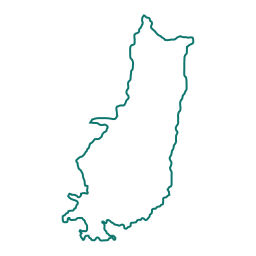 Zefat, HaZafon, Israel
{"feature_id": "584046B13386645158990", "entity_name": "Zefat", "entity_type": "district", "adm_level": 2, "iso_a3": "ISR", "parent_name": "Israel", "parent_adm1": "HaZafon", "projection": "natural_earth1", "projection_center": [35.521, 33.074], "detail": "fine", "context": "isolated", "style": "outline", "palette": "teal", "viewbox_px": 256, "rotation_deg": 0, "n_neighbors": 0, "source": "geoboundaries", "source_scale": "gbopen_adm2", "svg_char_len": 5808}
<svg xmlns="http://www.w3.org/2000/svg" viewBox="0 0 256 256"><path d="M169.3,195.0L168.9,191.7L167.6,189.5L168.2,188.7L169.1,187.3L169.9,186.8L171.0,186.3L171.5,185.2L171.6,182.8L171.6,172.1L171.1,170.8L170.4,169.8L170.0,167.8L170.8,165.9L171.3,164.6L171.4,163.2L171.4,162.1L170.8,161.1L170.1,160.0L169.6,158.1L170.4,156.2L171.1,155.2L171.7,152.9L171.9,151.0L173.1,149.3L173.7,147.2L173.8,145.5L175.3,143.5L176.1,141.7L176.0,138.8L176.0,137.3L176.2,135.3L177.0,133.8L177.5,132.5L177.1,131.3L176.2,130.3L175.8,128.9L175.8,127.5L176.7,125.7L177.7,124.5L178.2,122.8L178.1,120.8L178.2,117.8L178.0,115.9L178.2,114.3L178.8,112.0L179.9,111.0L180.4,109.9L180.5,107.7L180.3,106.2L180.1,103.1L180.5,101.2L181.1,99.9L181.8,99.4L182.4,98.1L182.7,95.9L183.4,94.8L184.5,93.8L184.8,92.6L185.3,91.5L186.4,89.8L186.6,88.5L186.6,85.7L186.5,81.0L186.3,78.9L186.1,77.4L185.0,76.5L184.3,75.2L184.2,72.1L184.3,69.3L184.3,63.2L184.5,57.2L185.0,55.5L186.7,53.4L186.9,52.0L186.9,48.4L187.0,46.8L187.8,46.4L189.6,44.9L190.9,44.3L192.4,43.6L193.2,42.7L193.3,41.7L193.2,39.6L193.0,38.3L192.5,37.6L190.8,37.3L188.6,37.7L187.4,37.5L186.2,37.2L183.5,37.2L181.1,36.6L180.3,36.2L178.3,37.0L177.0,37.6L176.2,38.4L175.0,39.3L173.6,39.6L171.1,39.6L169.7,39.9L167.1,40.2L165.0,39.9L164.5,39.1L163.0,38.0L162.5,37.7L161.7,37.3L160.9,36.3L158.9,35.4L157.6,34.5L156.6,33.4L154.7,31.0L153.7,30.3L152.6,29.1L151.5,28.4L151.0,26.7L151.3,25.4L151.8,24.6L152.0,23.0L151.5,21.7L150.4,21.1L149.9,19.9L149.7,18.8L149.0,18.0L147.5,17.6L146.3,17.4L145.4,16.6L145.0,15.9L143.9,15.4L143.2,16.3L142.5,17.3L142.2,18.5L142.1,19.7L142.1,21.0L142.7,22.3L142.5,24.2L141.9,25.1L141.5,26.2L140.7,27.8L139.7,28.6L139.1,29.8L139.1,31.6L138.1,32.7L136.3,33.4L135.2,33.8L134.4,35.1L134.4,38.0L134.7,38.7L134.6,40.9L134.7,42.7L134.3,44.1L133.1,44.8L131.8,45.1L130.9,45.9L130.3,47.1L130.1,49.8L130.2,52.5L130.2,55.7L130.4,57.7L130.8,58.5L132.0,59.7L132.7,61.2L133.0,62.5L133.1,64.0L132.9,66.5L132.7,68.8L132.4,69.7L131.6,70.3L131.1,71.4L131.1,73.4L130.7,75.6L130.7,77.0L130.6,78.2L130.4,79.7L129.6,80.7L128.5,81.7L128.0,83.5L128.1,85.0L128.3,86.8L128.3,88.1L127.6,89.4L126.8,90.2L126.5,91.5L126.5,93.2L127.2,94.5L128.3,95.6L128.7,97.8L127.8,99.2L126.6,100.1L126.0,101.4L125.7,102.6L125.0,103.9L124.3,105.1L123.8,105.4L120.1,105.5L118.7,106.0L116.9,106.8L116.4,107.8L116.4,109.7L116.8,111.7L117.0,114.7L117.3,115.9L116.0,118.0L114.9,119.0L113.3,119.1L110.9,118.7L109.3,118.4L105.3,118.1L97.9,118.1L95.1,118.6L94.3,118.9L92.8,119.3L92.1,119.6L91.4,120.9L90.6,121.9L90.2,122.6L93.7,122.9L97.4,123.1L98.2,123.6L99.3,124.5L100.1,124.8L101.6,125.1L102.9,124.9L104.9,124.6L105.8,125.0L107.4,126.2L107.7,127.6L106.9,128.6L106.5,130.7L105.5,131.7L104.4,132.1L103.7,132.7L102.4,134.2L102.0,135.6L101.6,136.7L100.0,138.1L99.0,138.9L96.6,139.1L94.9,139.1L94.0,140.1L93.0,141.5L92.3,142.3L90.7,143.3L89.9,144.0L89.4,145.6L89.1,147.2L88.6,148.2L87.7,148.8L87.2,149.6L86.9,150.7L86.2,151.6L85.5,152.2L85.1,153.0L84.2,154.5L83.2,155.5L82.4,156.4L81.0,156.7L79.6,157.4L78.7,158.1L77.9,158.8L77.1,159.4L76.3,160.4L76.5,161.8L77.6,163.0L77.6,164.5L78.1,166.4L78.7,168.6L80.6,170.2L81.4,171.5L82.7,174.0L82.9,175.8L83.3,178.0L84.0,179.3L84.6,181.2L84.7,183.2L85.1,185.5L85.9,185.8L87.4,185.9L87.5,186.7L87.4,188.6L87.0,190.2L87.4,191.8L87.8,192.9L87.3,193.6L86.8,193.6L84.3,193.0L82.5,193.3L81.0,193.7L81.0,195.3L80.2,196.5L79.0,197.2L78.1,197.2L77.5,196.7L77.0,196.0L75.2,195.0L74.0,194.8L72.5,194.8L71.4,194.7L70.9,194.1L69.7,193.7L68.8,194.6L68.2,196.2L69.1,197.4L71.2,199.0L76.0,200.7L77.2,201.4L77.9,203.0L77.6,204.1L76.7,205.0L76.2,206.0L76.0,207.0L75.6,208.2L74.4,208.6L73.9,209.7L73.1,210.5L71.7,210.7L69.5,210.8L68.4,211.2L67.9,212.7L66.2,213.5L65.4,214.4L64.7,215.3L63.9,215.5L62.8,216.2L62.7,217.7L62.7,219.5L63.2,221.5L64.0,222.1L64.5,222.2L66.8,222.2L67.2,221.9L67.5,221.1L67.7,219.7L68.0,218.4L68.5,218.0L69.4,218.0L69.7,219.2L70.5,219.8L71.7,220.0L73.4,219.9L75.5,219.8L76.4,219.1L76.9,218.5L78.3,218.0L81.0,217.9L82.1,218.1L83.1,219.4L84.0,220.1L84.9,221.0L85.0,221.9L85.4,222.9L86.0,223.9L86.6,224.6L87.0,225.7L87.1,226.6L87.1,228.8L86.9,230.1L86.4,230.9L85.5,231.3L83.8,231.0L83.1,231.2L81.5,231.1L80.8,230.3L80.1,230.2L79.6,231.2L80.6,232.3L81.3,232.8L81.5,233.5L80.6,234.3L80.4,235.1L80.9,236.7L81.4,237.6L82.4,238.6L82.8,239.7L83.6,239.8L84.4,238.9L84.6,237.7L85.2,236.5L85.9,235.9L87.2,235.7L88.5,235.8L88.9,236.8L89.4,237.8L90.5,238.3L91.1,238.9L91.3,239.6L92.0,240.1L92.7,240.2L94.3,240.3L95.4,239.4L96.0,238.4L96.3,238.0L97.3,237.4L98.4,237.8L99.3,238.7L99.9,239.9L101.1,240.6L103.6,240.4L105.7,240.3L107.9,240.1L108.4,239.5L109.1,238.4L110.3,238.0L111.1,237.5L112.0,237.4L113.1,238.6L113.7,239.6L114.4,239.8L115.1,239.5L115.4,238.0L114.6,236.8L113.2,235.8L110.7,235.8L109.4,235.6L108.2,233.9L107.3,233.5L106.7,233.1L106.3,231.5L105.5,230.7L104.6,229.7L104.3,228.0L104.6,225.6L104.3,224.3L103.6,223.4L102.3,222.5L102.4,221.6L103.4,221.6L104.7,222.6L105.7,223.1L106.1,223.0L106.6,222.1L106.7,221.3L106.9,220.4L107.5,220.0L108.5,220.1L110.1,221.0L110.9,221.9L111.6,222.5L112.7,222.8L113.5,223.4L114.4,224.4L115.2,224.6L117.1,225.0L118.0,225.2L118.8,225.7L119.2,225.7L120.1,225.3L121.5,224.7L122.8,224.7L123.7,225.2L124.2,226.9L124.4,227.8L124.7,228.5L126.3,228.7L127.3,227.9L127.9,227.2L129.4,226.8L130.6,226.0L130.7,224.3L130.8,223.2L131.4,222.8L134.0,222.6L136.1,222.2L137.2,220.4L138.1,219.9L140.8,219.8L141.6,218.6L142.5,218.1L143.8,218.6L144.8,219.6L145.8,220.1L146.7,219.8L147.7,218.8L148.3,217.9L149.1,217.3L149.6,216.0L149.9,214.8L150.7,214.0L151.5,213.5L151.8,212.6L152.0,211.3L152.1,209.6L153.0,208.8L154.4,208.8L155.7,208.6L157.0,207.0L158.2,206.6L159.4,206.5L160.2,206.1L160.9,205.1L162.9,204.1L163.1,202.8L163.2,200.1L163.1,198.6L163.7,197.8L164.9,197.5L166.2,197.3L167.8,195.7L168.8,195.2L169.3,195.0Z" fill="none" stroke="#0f766e" stroke-width="2"/></svg>